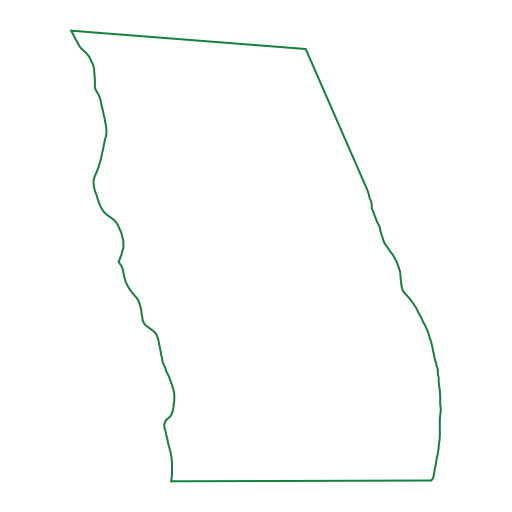 the district of Chilecito, La Rioja, Argentina, rotated 180°
{"feature_id": "61730980B21035116848731", "entity_name": "Chilecito", "entity_type": "district", "adm_level": 2, "iso_a3": "ARG", "parent_name": "Argentina", "parent_adm1": "La Rioja", "projection": "equal_earth", "projection_center": [-67.377, -29.416], "detail": "fine", "context": "isolated", "style": "outline", "palette": "green", "viewbox_px": 512, "rotation_deg": 180, "n_neighbors": 0, "source": "geoboundaries", "source_scale": "gbopen_adm2", "svg_char_len": 4189}
<svg xmlns="http://www.w3.org/2000/svg" viewBox="0 0 512 512"><g transform="rotate(180 256 256)"><path d="M440.8,481.3L439.6,478.9L438.5,476.9L437.5,474.8L436.4,472.8L435.3,470.9L434.2,468.8L433.1,466.8L431.9,464.9L430.5,463.2L428.9,461.8L427.2,460.4L425.6,458.8L424.2,457.1L422.9,455.3L421.8,453.3L420.8,451.2L419.8,449.1L418.9,447.0L418.3,444.7L417.9,442.4L417.7,440.0L417.5,437.6L417.4,435.2L417.1,432.9L417.1,430.5L417.1,428.1L417.2,425.7L416.8,423.4L415.9,421.3L414.6,419.4L413.5,417.4L412.6,415.3L411.8,413.1L411.3,410.8L410.8,408.4L410.3,406.1L409.7,403.9L409.2,401.5L408.7,399.2L408.2,396.9L407.6,394.7L407.1,392.3L406.8,390.0L406.3,387.7L405.9,385.3L405.7,383.0L405.6,380.6L405.7,378.2L406.0,375.8L406.7,373.6L407.2,371.3L407.7,369.0L408.2,366.6L408.6,364.3L409.1,362.0L409.7,359.7L410.2,357.4L410.7,355.1L411.2,352.8L411.8,350.5L412.5,348.2L413.1,346.0L413.9,343.8L414.7,341.6L415.6,339.5L416.5,337.3L417.4,335.1L418.1,332.9L418.5,330.6L418.4,328.2L418.1,325.9L417.7,323.5L417.1,321.2L416.3,319.1L415.4,316.9L414.8,314.6L414.2,312.4L413.3,310.2L412.5,308.0L411.6,305.9L410.6,303.8L409.4,301.8L408.0,300.1L406.5,298.5L404.9,297.1L403.1,295.8L401.4,294.6L399.7,293.3L398.0,292.0L396.4,290.4L395.1,288.6L394.0,286.6L393.1,284.5L392.1,282.4L391.1,280.3L390.4,278.1L389.9,275.8L389.3,273.5L388.7,271.2L388.6,268.8L388.6,266.4L388.6,264.0L389.4,261.8L390.0,259.6L390.5,257.3L391.5,255.2L392.2,252.9L393.4,250.3L391.9,247.9L390.6,246.0L389.7,243.9L389.0,241.6L388.6,239.3L388.1,237.0L387.6,234.7L387.0,232.4L386.4,230.1L385.3,228.1L384.3,226.0L383.2,224.0L381.9,222.1L380.6,220.3L379.2,218.6L377.8,216.9L376.3,215.2L374.9,213.5L373.7,211.5L372.8,209.4L372.1,207.2L371.5,204.9L370.9,202.6L370.6,200.2L370.3,197.8L369.9,195.5L369.5,193.2L369.1,190.9L368.0,188.8L366.7,187.1L365.0,185.6L363.3,184.4L361.6,183.1L359.8,181.8L358.1,180.5L356.6,179.0L355.4,177.0L354.5,174.9L353.8,172.6L353.3,170.3L352.9,168.0L352.4,165.7L351.9,163.3L351.4,161.0L351.1,158.6L350.6,156.3L350.0,154.1L349.7,151.7L349.1,149.4L348.2,147.2L347.2,145.2L346.4,143.0L345.7,140.7L344.7,138.7L343.6,136.6L342.7,134.5L341.9,132.3L341.1,130.1L340.3,127.9L339.6,125.6L338.9,123.4L338.3,121.1L337.8,118.8L337.7,116.4L337.7,114.0L337.7,111.6L338.0,109.3L338.3,106.9L338.6,104.5L339.0,102.2L339.6,99.9L340.4,97.7L341.6,95.8L343.1,94.2L344.9,92.9L346.3,91.3L347.3,89.2L347.8,86.8L347.6,84.5L346.9,82.2L346.3,79.9L345.8,77.6L345.3,75.3L344.7,73.0L344.2,70.7L343.8,68.4L343.2,66.1L342.5,63.8L341.9,61.5L341.3,59.3L340.9,56.9L340.5,54.6L340.3,52.2L340.1,49.8L340.0,47.4L340.0,45.0L340.0,42.6L340.0,40.2L340.0,37.8L340.2,35.5L340.5,33.1L340.8,30.7L80.8,31.5L78.9,33.8L78.4,36.1L77.9,38.4L77.6,40.8L77.3,43.1L76.7,45.4L76.1,47.7L75.8,50.1L75.5,52.4L75.0,54.8L74.4,57.1L74.0,59.4L73.7,61.8L73.4,64.1L73.2,66.5L72.9,68.9L72.6,71.2L72.3,73.6L72.2,76.0L72.1,78.4L72.2,80.8L72.2,83.2L72.2,85.6L72.2,87.9L72.2,90.3L72.2,92.7L72.0,95.1L71.7,97.5L71.4,99.8L71.2,102.2L71.4,104.6L71.7,107.0L71.9,109.3L71.8,111.7L71.8,114.1L71.8,116.5L72.0,118.9L72.2,121.3L72.5,123.6L72.8,126.0L73.1,128.4L73.3,130.7L73.3,133.1L73.5,135.5L74.2,137.7L74.2,140.1L74.2,142.5L74.8,144.8L75.7,147.0L75.9,149.4L76.9,151.4L77.4,153.7L77.8,156.1L78.3,158.4L78.9,160.7L79.3,163.0L79.7,165.3L80.3,167.6L80.9,169.9L81.6,172.2L82.3,174.4L83.0,176.7L83.7,178.9L84.5,181.1L85.4,183.2L86.3,185.4L87.3,187.4L88.5,189.3L89.5,191.5L90.4,193.6L91.5,195.6L92.6,197.6L93.7,199.7L94.7,201.7L95.7,203.8L96.9,205.7L98.2,207.6L99.5,209.5L100.8,211.3L102.1,213.1L103.6,214.8L105.1,216.4L106.6,218.1L108.0,219.8L109.3,221.6L110.0,223.9L110.5,226.2L110.8,228.5L111.1,230.9L111.3,233.3L111.5,235.7L111.6,238.0L112.0,240.4L112.7,242.6L113.4,244.9L114.2,247.1L115.0,249.3L116.0,251.4L117.0,253.4L118.1,255.4L119.3,257.4L120.7,259.1L122.0,260.9L123.3,262.8L124.5,264.7L125.9,266.5L127.2,268.3L128.2,270.4L128.9,272.6L129.6,274.9L130.3,277.1L131.1,279.3L131.7,281.6L132.0,284.0L132.8,286.1L133.9,288.1L135.0,290.2L135.8,292.4L136.6,294.5L137.5,296.7L138.3,298.9L139.0,301.1L140.1,303.2L140.3,305.5L140.3,307.9L140.8,310.2L141.6,312.4L142.6,314.5L143.0,316.8L143.6,319.1L144.4,321.2L145.3,323.4L174.5,390.3L206.3,463.0L440.8,481.3Z" fill="none" stroke="#15803d" stroke-width="2"/></g></svg>